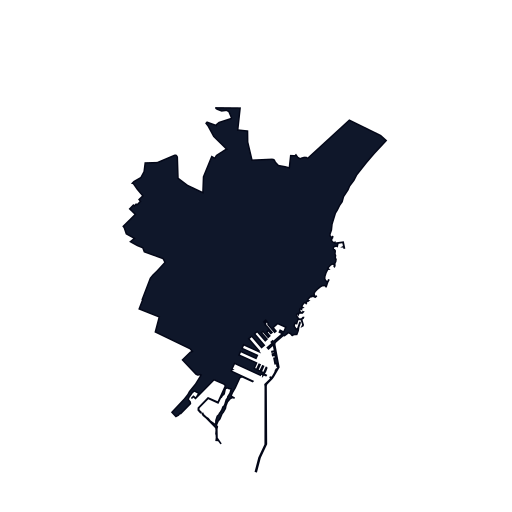 outline of Constanta, Constanta, Romania, rotated 42°
{"feature_id": "2599482B843815366907", "entity_name": "Constanta", "entity_type": "district", "adm_level": 2, "iso_a3": "ROU", "parent_name": "Romania", "parent_adm1": "Constanta", "projection": "albers", "projection_center": [28.637, 44.187], "detail": "fine", "context": "isolated", "style": "filled", "palette": "ink", "viewbox_px": 512, "rotation_deg": 42, "n_neighbors": 0, "source": "geoboundaries", "source_scale": "gbopen_adm2", "svg_char_len": 6155}
<svg xmlns="http://www.w3.org/2000/svg" viewBox="0 0 512 512"><g transform="rotate(42 256 256)"><path d="M144.8,326.3L153.9,324.2L153.1,329.4L160.9,327.6L166.4,325.6L170.2,327.6L188.7,320.1L192.7,321.6L192.6,333.5L192.2,339.0L192.4,343.2L200.5,364.3L201.0,364.1L204.6,373.5L224.9,366.0L232.0,379.8L269.1,369.0L272.6,369.5L271.6,371.4L270.9,382.4L290.6,384.0L292.4,383.4L294.2,381.2L294.9,381.1L296.8,391.5L297.3,401.2L298.1,404.4L298.5,410.2L298.1,428.4L303.9,428.9L304.9,426.1L304.7,424.0L305.5,423.6L306.1,409.6L304.8,408.5L301.7,408.0L300.8,406.2L300.1,400.4L300.4,397.6L305.3,396.3L306.2,400.6L306.1,402.0L303.4,402.1L303.3,405.1L303.6,402.4L306.4,402.4L307.6,376.1L317.7,372.7L320.1,372.8L325.6,390.1L315.3,393.5L314.8,407.5L316.2,409.2L319.7,409.6L320.0,409.3L319.7,408.9L316.6,408.8L315.1,407.1L315.7,393.8L326.1,390.6L324.5,385.2L324.8,384.2L324.3,381.8L324.7,380.9L324.6,379.7L322.0,375.2L322.3,374.3L323.3,372.9L324.9,372.6L326.3,371.3L326.8,371.8L328.5,375.4L329.2,379.5L330.0,380.8L330.0,382.6L332.2,387.2L332.7,389.2L332.4,390.3L333.5,393.0L334.1,396.1L334.1,397.5L334.6,398.4L334.4,401.0L336.2,405.0L338.2,407.3L338.4,408.0L338.1,408.6L332.4,409.3L329.2,408.8L326.7,409.2L323.0,409.1L321.7,408.5L321.5,408.9L322.3,409.5L323.7,409.8L327.2,409.6L341.1,410.5L343.0,412.1L345.3,415.1L346.0,415.3L348.2,417.5L349.7,419.7L350.5,419.1L349.3,417.8L355.8,419.0L348.8,417.3L342.6,410.7L341.5,408.7L340.4,408.6L339.6,407.9L338.3,404.2L338.2,401.3L336.3,395.9L336.2,393.8L335.3,389.8L333.8,387.3L332.4,383.5L332.3,379.2L333.2,377.0L335.2,375.9L331.6,376.7L330.8,376.0L329.9,373.3L328.8,367.9L325.5,357.5L325.6,356.8L326.4,355.3L327.3,354.8L337.5,351.6L337.5,351.1L314.6,358.1L314.0,356.9L314.5,356.1L313.8,356.3L311.9,350.1L338.9,341.7L338.6,341.3L339.1,340.2L340.1,339.9L340.1,339.3L340.5,339.1L341.2,340.2L341.2,338.9L342.8,338.6L343.5,338.2L343.4,337.7L340.7,338.4L340.4,335.8L339.0,332.2L338.5,331.8L338.1,332.0L339.9,337.6L337.2,338.5L335.4,332.9L334.4,333.2L336.0,338.9L333.6,339.6L331.8,334.0L330.7,334.4L332.4,340.0L331.6,340.3L329.8,340.6L328.0,335.1L309.6,341.0L308.4,337.2L324.5,332.1L324.1,330.8L323.5,328.9L307.4,334.0L306.2,330.2L322.3,325.1L321.9,325.0L321.9,324.6L322.3,324.5L305.9,322.4L306.5,318.4L321.4,320.3L321.9,316.8L307.0,314.8L307.4,311.3L319.6,312.8L319.8,310.4L311.4,309.4L311.7,307.3L319.5,308.3L319.7,306.1L314.6,305.4L314.7,304.3L315.1,304.4L315.1,304.1L314.7,304.1L314.8,303.1L318.8,303.7L319.1,302.1L310.9,301.0L308.8,301.1L308.8,300.2L305.8,299.8L305.9,298.4L308.6,298.7L306.0,298.1L306.1,297.1L310.0,297.6L310.0,298.1L310.9,298.9L320.9,300.2L321.1,298.4L316.6,297.8L317.3,291.7L325.8,289.0L327.4,293.8L328.0,293.9L323.6,295.0L324.3,297.0L327.7,296.0L326.2,308.0L325.1,307.9L324.9,309.7L326.5,309.9L325.7,316.5L327.5,316.7L328.1,311.5L327.8,311.4L328.0,310.1L333.3,314.1L331.7,316.3L332.2,316.7L333.8,314.6L335.2,315.7L333.7,317.9L335.1,318.9L336.6,317.0L338.8,318.6L337.8,320.0L342.3,323.4L343.7,321.7L344.8,322.5L344.5,323.1L345.5,323.9L346.0,323.4L347.1,324.4L347.3,326.1L346.8,326.4L347.1,328.1L347.8,328.2L347.7,329.4L348.1,330.2L349.2,335.6L347.7,336.4L347.9,336.9L349.2,336.6L348.6,345.4L350.2,346.8L389.0,390.0L393.2,403.9L399.7,416.4L400.6,416.0L393.9,403.0L389.6,388.8L350.4,345.8L349.6,344.1L349.9,336.3L349.7,334.2L347.4,323.3L329.3,309.4L328.3,308.1L328.2,306.5L329.4,296.9L330.5,296.2L331.2,292.7L331.1,291.5L333.5,290.6L335.9,290.9L336.4,290.5L336.4,289.4L338.8,287.0L337.3,283.2L335.4,280.4L333.4,275.8L333.6,275.5L333.0,276.0L335.5,281.8L335.1,283.6L331.2,282.6L329.8,279.9L331.5,279.1L329.6,275.2L331.9,272.9L336.4,275.4L336.9,275.9L337.3,277.3L337.6,276.5L337.2,275.6L332.2,272.5L332.7,270.8L332.4,269.9L332.1,270.1L332.0,272.3L330.4,274.0L327.7,273.8L325.9,272.9L325.4,272.3L325.4,271.0L326.1,270.5L326.6,270.9L326.2,269.6L328.6,267.4L328.6,265.8L328.2,266.0L328.0,267.4L326.9,268.1L325.2,267.5L324.1,266.4L324.0,265.6L325.5,265.2L325.1,264.9L325.0,263.3L325.3,262.9L323.7,263.0L323.2,260.8L323.2,258.4L323.5,257.6L324.1,257.2L324.7,257.8L325.1,257.8L325.0,257.2L324.3,256.7L324.3,255.1L324.9,254.8L325.0,254.1L324.5,254.5L323.9,254.1L323.5,252.7L323.8,249.3L324.1,248.6L324.7,248.8L324.6,247.9L327.6,247.0L327.8,245.5L327.7,245.0L327.2,246.6L326.5,246.6L324.3,245.2L323.7,243.0L323.8,239.8L324.5,235.5L325.3,233.5L327.3,231.7L328.2,231.5L328.6,232.6L328.7,231.8L326.9,227.8L326.2,225.2L325.9,225.3L326.5,227.0L325.7,227.7L323.8,227.6L322.1,226.8L320.8,225.0L319.2,221.5L318.2,217.7L318.9,217.1L317.8,217.0L317.4,216.4L317.4,212.9L318.1,211.0L319.7,209.7L321.1,211.5L321.5,211.5L321.2,210.5L319.6,208.9L318.9,206.7L317.6,204.8L316.9,205.0L315.8,203.9L314.7,202.3L313.4,201.8L311.5,199.2L310.2,198.8L309.3,199.5L308.4,198.7L307.8,197.5L307.7,196.9L308.6,195.6L309.3,194.7L310.0,194.5L308.3,191.6L311.0,188.3L312.0,188.1L313.2,188.9L314.8,190.2L314.5,191.0L315.1,190.5L316.2,191.2L316.4,190.9L311.5,187.3L306.3,193.5L305.5,193.0L305.5,193.7L303.5,194.4L301.1,193.8L301.3,193.2L300.5,192.5L300.8,191.5L300.1,190.3L299.8,190.4L300.1,191.0L299.9,191.4L298.9,191.8L297.6,191.5L296.4,190.4L294.7,186.3L291.2,181.5L286.3,171.0L285.6,167.3L284.2,162.3L283.7,158.1L281.3,153.3L280.1,145.4L278.7,141.3L278.1,134.3L276.5,128.3L275.5,112.4L275.2,100.5L275.5,83.1L268.0,83.1L234.5,92.6L229.1,148.9L227.5,149.1L225.9,150.4L224.3,152.9L224.0,153.9L223.0,154.4L220.9,154.8L218.0,154.1L218.0,155.4L214.6,158.2L221.8,168.2L217.9,170.2L212.1,173.8L207.6,173.4L205.4,172.5L204.5,172.6L203.2,173.4L188.9,187.5L173.6,176.9L166.1,168.8L158.1,174.6L145.2,156.7L127.1,172.7L127.5,173.1L128.9,172.9L133.4,171.2L136.6,167.5L139.2,166.8L145.2,169.6L145.6,170.4L139.2,181.5L138.7,184.9L139.2,185.6L130.1,189.3L130.1,190.8L133.4,191.4L144.6,195.4L162.9,196.2L162.3,197.0L159.6,206.9L159.4,207.8L160.0,211.0L156.6,211.7L164.0,232.3L174.2,244.5L157.8,249.4L146.0,250.4L131.3,235.1L129.5,234.6L128.4,235.2L127.8,236.3L120.2,252.6L111.4,261.0L116.4,268.2L118.0,274.7L115.5,282.3L115.4,284.7L116.4,284.2L123.1,285.8L131.7,287.0L131.3,292.3L133.6,292.6L133.4,297.3L133.0,297.7L132.2,297.7L132.1,300.2L130.8,300.2L130.6,305.5L138.5,305.8L137.5,322.8L139.1,323.1L144.8,326.3Z" fill="#0f172a" stroke="#020617" stroke-width="1.5"/></g></svg>